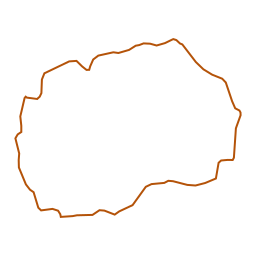 an SVG outline of North Macedonia
{"feature_id": "MKD", "entity_name": "North Macedonia", "entity_type": "country or territory", "adm_level": 0, "iso_a3": "MKD", "parent_name": "Europe", "parent_adm1": "", "projection": "mercator", "projection_center": [21.64, 41.604], "detail": "fine", "context": "isolated", "style": "outline", "palette": "amber", "viewbox_px": 256, "rotation_deg": 0, "n_neighbors": 0, "source": "natural_earth", "source_scale": "50m", "svg_char_len": 1026}
<svg xmlns="http://www.w3.org/2000/svg" viewBox="0 0 256 256"><path d="M113.5,52.3L118.4,53.0L129.1,49.9L135.7,45.7L139.1,45.1L143.6,43.4L150.1,43.7L156.6,45.5L165.0,43.1L173.2,39.1L176.4,40.1L180.0,43.5L182.3,44.4L195.9,62.1L203.4,69.3L212.2,74.7L222.2,78.7L225.8,82.5L232.1,101.2L235.2,108.3L239.4,110.5L240.5,112.5L240.6,115.2L235.9,128.3L233.9,157.7L232.7,160.0L227.7,159.9L221.1,160.5L218.6,162.8L215.9,178.5L205.2,183.0L195.5,185.5L187.3,184.9L173.0,181.2L168.3,180.8L164.3,182.9L151.5,184.1L145.8,186.8L132.6,205.1L119.2,211.4L114.7,214.6L104.4,210.6L99.5,210.2L92.5,214.9L76.9,215.3L72.7,216.1L60.8,216.9L60.3,214.3L58.1,210.7L52.5,208.9L41.1,210.4L38.3,207.7L33.6,192.2L30.0,189.7L25.9,184.4L18.9,167.5L18.7,160.0L19.2,153.5L15.4,138.3L17.7,134.4L21.3,132.0L21.3,125.8L20.3,116.4L24.6,98.0L25.7,96.7L26.8,97.6L37.1,99.0L39.7,96.7L41.4,93.1L41.9,79.5L44.4,73.3L69.2,61.4L76.5,60.9L82.1,66.4L86.5,69.9L89.2,69.8L90.2,66.3L93.2,59.5L98.3,55.6L113.3,52.3L113.5,52.3Z" fill="none" stroke="#b45309" stroke-width="2"/></svg>